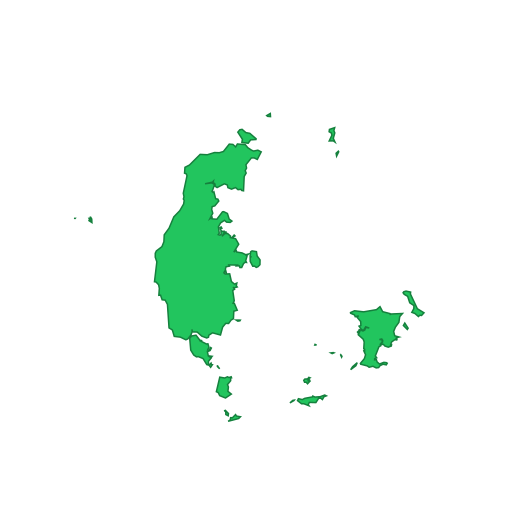 the district of Mornington, Queensland, Australia, rotated 306°
{"feature_id": "25037944B95382354250521", "entity_name": "Mornington", "entity_type": "district", "adm_level": 2, "iso_a3": "AUS", "parent_name": "Australia", "parent_adm1": "Queensland", "projection": "mercator", "projection_center": [139.442, -16.684], "detail": "fine", "context": "isolated", "style": "filled", "palette": "green", "viewbox_px": 512, "rotation_deg": 306, "n_neighbors": 0, "source": "geoboundaries", "source_scale": "gbopen_adm2", "svg_char_len": 6190}
<svg xmlns="http://www.w3.org/2000/svg" viewBox="0 0 512 512"><g transform="rotate(306 256 256)"><path d="M159.0,247.3L157.2,249.2L159.9,253.1L159.3,259.3L160.7,264.3L162.4,265.3L164.2,264.4L168.3,266.0L171.2,273.7L178.9,270.8L183.7,271.1L185.3,273.5L189.5,273.5L192.0,274.6L198.3,270.5L201.1,272.7L204.9,266.4L204.3,265.3L207.0,264.7L214.5,257.4L216.5,258.2L217.4,255.7L217.2,256.9L219.9,259.0L220.3,257.6L222.8,256.4L220.6,255.1L220.9,251.1L226.1,245.2L223.3,241.7L223.5,239.9L225.2,239.6L225.0,241.8L227.4,238.9L229.7,238.1L232.2,240.5L232.8,239.3L237.6,246.1L236.5,246.0L238.2,248.2L237.2,249.8L238.3,251.2L242.4,250.4L244.4,250.8L245.2,252.1L246.2,250.4L250.4,248.9L251.0,246.7L250.3,242.9L247.9,238.1L248.9,236.6L246.1,235.7L255.4,235.1L258.0,229.3L255.8,224.4L257.1,223.8L257.5,219.8L256.0,217.7L251.9,216.9L255.1,216.7L258.2,218.0L256.6,216.1L257.3,215.7L255.9,213.9L256.2,212.5L252.9,215.1L251.6,214.5L251.1,212.9L252.8,212.9L257.5,208.4L262.0,207.9L266.3,209.5L266.1,212.3L268.0,215.4L270.1,216.0L270.1,212.6L273.6,207.9L272.9,203.8L272.0,202.9L262.7,202.7L260.2,198.6L261.4,197.8L258.9,196.8L265.2,195.9L267.6,192.8L270.2,191.5L272.3,193.2L278.6,193.6L279.6,191.7L278.6,189.7L283.2,184.2L282.3,183.9L282.3,182.6L288.7,180.7L289.5,179.7L289.1,177.3L284.5,172.3L290.1,177.3L291.6,177.5L290.3,178.1L290.2,180.3L288.4,182.2L288.5,184.3L295.8,188.0L296.6,191.0L294.8,193.1L295.7,196.9L299.3,199.2L299.1,202.5L301.1,204.6L300.6,205.9L301.4,207.6L313.4,199.7L317.3,199.3L318.7,197.1L321.6,196.7L323.9,194.2L332.6,194.6L334.3,196.9L334.9,200.3L343.3,199.0L342.7,195.3L339.5,192.4L339.0,190.3L338.8,185.7L339.8,181.9L335.7,175.1L332.3,175.4L332.7,171.7L330.8,168.6L321.4,168.2L318.0,165.6L315.3,161.6L309.3,157.1L305.4,151.1L290.5,148.7L286.0,146.4L281.0,149.5L281.5,151.2L280.4,153.0L264.0,160.3L261.5,163.0L259.4,163.7L258.8,165.2L255.5,166.9L247.8,167.7L239.4,166.5L227.4,169.3L219.2,169.3L213.4,173.1L208.3,174.4L201.5,172.4L199.0,172.9L195.8,175.2L193.0,179.2L175.5,189.0L176.2,190.4L175.5,194.1L173.0,196.8L167.1,200.5L168.2,201.8L165.4,205.8L166.9,208.5L164.8,212.8L146.7,227.9L147.0,231.8L142.9,237.1L145.9,242.5L147.0,248.5L148.9,249.6L153.8,249.8L157.1,248.9L159.0,247.3ZM262.3,417.5L266.1,416.2L269.9,417.5L270.8,419.2L272.3,418.7L270.9,418.8L270.9,418.0L272.5,417.6L274.5,419.3L273.0,415.1L275.9,411.7L280.4,410.6L286.3,410.6L291.5,407.9L295.6,408.3L288.1,398.9L287.2,399.4L288.2,398.3L285.4,391.2L287.9,386.1L283.4,385.0L274.1,375.9L269.6,367.9L265.8,365.7L265.3,366.2L266.2,370.3L265.2,372.0L268.0,374.2L265.9,373.7L264.5,379.2L261.4,381.7L259.8,380.6L258.5,384.7L259.1,386.7L263.2,386.3L264.3,390.0L262.8,386.9L259.9,387.5L258.2,386.6L257.0,382.2L257.0,383.3L254.1,382.8L253.8,383.6L256.6,384.2L252.4,385.0L251.7,391.6L250.1,394.0L244.3,397.7L244.4,398.7L242.6,400.0L243.0,398.3L240.5,402.7L236.6,404.0L230.5,403.6L230.0,404.3L232.5,410.7L232.5,412.9L235.5,415.4L236.1,419.0L237.8,420.8L240.2,420.8L243.1,422.4L244.5,425.4L246.4,425.2L246.3,424.0L245.1,421.9L241.2,419.4L241.5,416.2L242.9,414.3L241.7,413.0L242.8,412.3L244.6,413.5L245.3,411.3L254.8,408.8L256.8,409.7L257.6,408.4L260.6,408.6L262.3,407.5L261.0,404.9L262.8,406.5L262.3,408.0L261.0,408.9L257.9,409.2L259.4,411.0L258.9,413.1L260.0,416.6L262.7,418.4L263.5,418.0L262.3,417.5ZM154.6,260.9L155.4,261.2L154.9,260.0L156.7,254.0L153.5,251.0L150.5,250.7L141.5,258.5L139.3,263.8L139.4,267.1L140.7,268.5L141.9,273.5L139.2,280.0L139.8,281.6L143.0,279.4L147.3,279.7L147.0,276.3L150.0,272.9L152.5,274.4L155.3,274.0L155.3,273.1L151.9,273.6L151.5,272.1L154.6,271.5L156.7,268.7L155.7,267.7L154.6,260.9ZM138.9,302.4L136.7,297.9L122.9,303.7L123.3,305.7L121.7,308.7L123.2,314.8L129.8,317.2L130.0,312.8L133.8,310.7L135.2,308.5L140.2,308.8L142.5,307.1L143.1,307.8L143.7,306.9L141.8,305.6L141.5,303.9L138.9,302.4ZM346.8,183.4L350.2,187.5L350.9,187.2L351.6,178.9L349.9,175.3L350.3,170.3L348.6,168.7L345.5,168.5L342.4,176.4L339.6,177.8L342.6,183.4L346.8,183.4ZM305.2,424.9L308.8,425.3L308.2,417.5L316.0,403.3L317.7,402.3L315.8,398.0L314.0,396.6L312.7,396.6L312.1,398.4L312.5,402.4L308.5,407.9L308.7,412.9L306.2,414.6L302.0,415.2L302.9,418.4L302.5,423.0L304.3,423.3L305.2,424.9ZM175.3,384.6L169.5,379.1L167.1,377.9L165.5,374.2L163.4,374.6L163.2,379.7L164.6,381.6L166.0,386.9L166.5,385.6L168.9,385.2L172.6,390.6L177.8,390.3L179.0,392.0L178.9,394.1L182.0,393.7L184.2,395.1L183.9,393.3L179.9,390.6L176.5,386.6L176.1,384.3L175.3,384.6ZM252.1,251.6L248.2,254.5L245.8,259.4L247.0,260.9L246.9,262.9L248.5,263.9L251.3,264.3L255.2,261.6L256.7,256.9L259.8,253.8L257.8,249.8L256.2,249.2L252.6,251.2L252.2,253.1L252.1,251.6ZM399.8,244.7L398.3,246.4L392.1,247.6L394.6,250.9L394.6,252.9L396.6,249.4L401.9,247.4L403.2,245.3L406.1,244.2L401.6,241.0L399.5,242.1L399.8,244.7ZM111.3,332.0L110.3,330.5L108.1,331.5L105.9,330.6L114.3,337.5L116.8,337.9L115.0,334.2L115.7,332.7L111.3,332.0ZM182.9,372.8L186.2,373.2L185.6,371.5L186.3,371.0L187.2,372.0L187.5,370.6L189.2,371.3L188.9,370.1L186.9,370.0L185.1,367.8L183.5,367.7L182.4,369.5L183.4,370.8L182.9,372.8ZM112.4,326.3L113.1,321.9L111.9,321.3L112.8,322.6L110.0,324.8L110.4,327.4L112.4,326.3ZM285.5,421.6L287.0,421.5L289.2,415.8L286.4,416.1L285.5,421.6ZM229.2,400.6L223.2,399.2L219.7,399.4L225.9,401.3L229.2,400.6ZM142.9,282.6L140.1,282.1L139.3,284.7L142.4,284.6L141.9,283.7L142.9,282.6ZM189.1,101.1L188.2,99.0L187.2,100.9L186.4,99.5L186.6,103.6L189.4,101.3L190.2,99.4L189.3,98.7L189.9,99.6L189.1,101.1ZM384.2,262.5L388.9,261.7L389.2,261.0L386.2,260.4L384.2,262.5ZM377.3,185.8L379.7,183.8L375.9,182.1L375.8,183.3L377.3,185.8ZM192.6,279.6L194.1,281.1L194.9,281.0L192.5,277.6L192.6,279.6ZM157.1,369.8L161.4,371.7L161.9,371.7L160.8,370.6L157.1,369.8ZM257.9,210.2L256.9,211.3L258.4,212.1L259.0,210.7L257.9,210.2ZM221.6,373.5L221.8,375.0L223.5,376.0L223.3,375.3L221.6,373.5ZM260.1,226.0L257.3,225.8L257.1,226.0L259.9,227.2L260.1,226.0ZM251.3,248.4L253.1,248.7L251.7,247.5L251.3,248.4ZM147.5,276.6L148.5,279.3L149.0,279.4L147.5,276.6ZM143.4,292.9L144.3,289.8L144.9,289.0L143.9,289.7L143.4,292.9ZM218.5,355.9L219.6,357.3L219.2,355.7L218.5,355.9ZM224.5,384.7L225.4,384.5L226.0,382.6L225.7,382.6L224.5,384.7ZM180.2,87.6L179.5,86.6L180.1,87.6L180.2,87.6Z" fill="#22c55e" stroke="#15803d" stroke-width="1.5"/></g></svg>